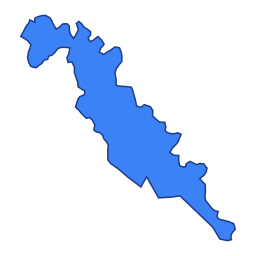 Marques de Souza, Rio Grande do Sul, Brazil (orthographic projection)
{"feature_id": "56859067B72834740004607", "entity_name": "Marques de Souza", "entity_type": "district", "adm_level": 2, "iso_a3": "BRA", "parent_name": "Brazil", "parent_adm1": "Rio Grande do Sul", "projection": "orthographic", "projection_center": [-52.156, -29.297], "detail": "fine", "context": "isolated", "style": "filled", "palette": "blue", "viewbox_px": 256, "rotation_deg": 0, "n_neighbors": 0, "source": "geoboundaries", "source_scale": "gbopen_adm2", "svg_char_len": 2108}
<svg xmlns="http://www.w3.org/2000/svg" viewBox="0 0 256 256"><path d="M205.5,191.0L205.2,184.4L201.7,180.9L199.7,178.7L204.2,175.0L206.1,172.1L207.0,168.1L203.6,163.8L199.6,163.5L196.6,164.8L193.5,163.1L190.1,161.4L186.2,163.8L185.4,166.9L182.2,166.9L179.6,165.3L178.6,160.4L178.8,155.5L174.0,155.3L169.9,152.6L172.3,148.2L175.5,145.0L178.1,141.8L179.4,138.4L181.2,134.3L177.7,132.8L173.5,133.8L170.7,133.5L167.3,132.7L165.0,130.4L165.8,126.9L164.8,122.3L159.6,122.1L156.2,119.3L152.5,115.9L152.9,110.7L150.3,106.7L144.3,104.7L140.9,107.4L136.6,106.0L135.4,100.2L133.0,91.2L131.4,87.2L124.3,86.4L119.0,86.1L116.1,85.2L116.1,79.5L115.0,73.2L116.2,69.0L119.1,64.7L121.7,61.7L122.0,58.1L121.5,53.2L119.5,47.8L115.0,47.0L110.7,50.0L107.2,52.0L103.8,54.4L99.4,52.2L100.8,48.0L104.1,44.3L102.0,40.4L97.9,36.5L92.9,40.5L89.8,41.5L88.1,37.8L90.6,35.1L90.5,31.6L87.3,29.2L83.9,27.0L81.9,24.1L78.9,21.4L76.3,23.5L78.4,29.6L75.6,35.3L73.5,38.4L70.1,33.7L69.5,30.1L69.2,26.0L67.0,23.7L62.6,24.0L59.4,27.2L56.1,29.0L52.9,23.6L51.6,20.2L49.7,17.7L45.7,15.5L42.9,15.4L37.9,16.7L34.9,18.2L34.7,22.2L29.8,19.9L28.6,23.4L26.5,25.7L24.8,28.9L22.4,33.5L20.7,36.4L24.4,38.5L27.8,40.8L30.9,44.8L29.8,48.5L28.5,52.0L27.5,57.3L28.8,62.6L30.7,66.3L33.3,67.3L36.3,67.7L38.9,65.4L41.9,63.4L44.0,60.3L47.7,59.2L48.8,56.1L52.1,55.1L55.1,52.1L57.9,48.5L61.7,47.3L66.6,47.5L69.8,47.8L68.8,53.9L66.9,57.7L68.1,62.4L71.9,61.9L74.5,67.3L74.3,72.4L77.8,82.5L78.0,86.8L81.5,89.0L84.8,91.0L84.4,94.7L79.8,96.7L78.0,99.1L76.9,102.5L75.5,107.1L78.7,110.0L81.8,113.9L86.4,118.4L89.3,117.4L91.9,119.6L93.6,122.3L94.8,125.2L93.8,129.9L96.3,132.0L99.4,132.6L102.3,134.7L104.1,139.2L106.5,141.8L108.4,145.5L107.8,149.6L107.8,154.1L107.9,159.9L110.6,163.5L118.7,169.2L127.7,177.0L134.9,182.4L140.9,187.0L142.6,183.8L146.7,176.9L158.6,197.9L172.2,197.0L180.1,195.9L212.7,227.1L219.9,239.0L227.2,240.6L231.4,239.7L230.8,236.2L232.2,232.7L235.3,229.2L233.6,223.6L228.1,221.4L223.0,220.2L218.6,219.0L216.8,216.2L218.2,211.5L214.1,210.4L210.9,207.2L207.2,202.4L205.3,200.1L205.0,196.1L205.5,191.0Z" fill="#3b82f6" stroke="#1e3a8a" stroke-width="1.5"/></svg>